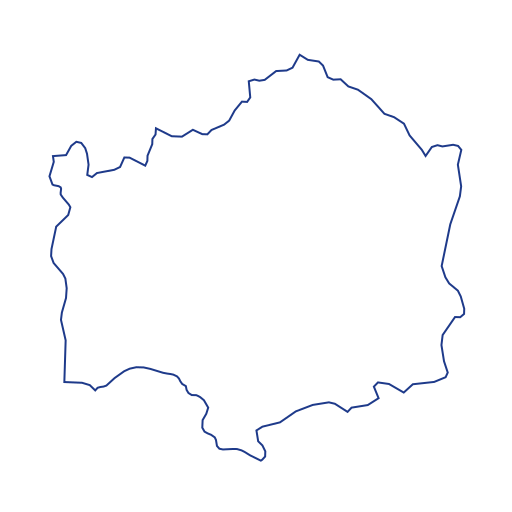 Dytiki Makedonia, Equal Earth projection, rotated 274°
{"feature_id": "GRC-2892", "entity_name": "Dytiki Makedonia", "entity_type": "Region", "adm_level": 1, "iso_a3": "GRC", "parent_name": "Greece", "parent_adm1": "", "projection": "equal_earth", "projection_center": [21.4, 40.362], "detail": "fine", "context": "isolated", "style": "outline", "palette": "blue", "viewbox_px": 512, "rotation_deg": 274, "n_neighbors": 0, "source": "natural_earth", "source_scale": "10m", "svg_char_len": 2237}
<svg xmlns="http://www.w3.org/2000/svg" viewBox="0 0 512 512"><g transform="rotate(274 256 256)"><path d="M101.4,218.9L108.5,214.1L111.3,210.2L112.2,208.3L113.0,206.2L112.8,201.6L114.6,198.2L117.6,196.1L121.3,195.1L123.2,191.3L125.8,189.2L128.4,187.7L130.4,185.6L131.9,181.8L132.3,178.9L132.5,175.8L133.0,171.5L136.0,158.5L137.0,151.7L136.7,144.4L134.8,137.9L131.9,132.6L124.4,123.5L116.3,115.8L115.1,113.0L114.5,110.0L113.5,107.2L110.7,105.0L115.6,99.2L117.4,91.3L116.9,73.6L158.6,72.0L178.7,65.9L186.1,66.3L196.5,68.5L200.8,69.4L210.6,69.4L220.2,67.4L224.6,64.8L234.9,54.6L241.6,51.6L248.6,51.5L270.2,54.5L271.3,54.6L283.8,65.8L291.7,67.4L294.2,65.7L300.8,59.2L303.7,56.9L305.3,56.7L309.4,56.9L310.8,56.4L311.9,54.3L312.5,49.5L313.1,48.0L321.1,44.4L335.8,47.7L341.5,46.5L343.4,59.5L353.0,64.0L357.4,68.8L356.6,73.8L351.7,78.1L346.2,80.3L335.4,82.6L325.1,82.0L323.3,86.9L327.7,91.6L332.1,108.6L335.3,114.2L345.1,117.8L345.3,123.0L338.4,139.2L343.3,141.0L348.5,140.8L360.3,144.7L365.5,144.5L370.2,147.3L376.4,147.3L369.6,163.6L369.9,173.8L377.5,184.2L373.8,193.9L374.0,199.0L378.6,202.8L384.8,215.0L389.2,219.8L399.7,224.6L409.0,231.2L409.1,236.4L413.8,239.2L429.8,236.6L431.9,242.1L431.1,247.1L432.3,252.4L441.9,263.2L443.2,273.6L446.4,279.3L459.8,285.5L455.3,294.0L454.4,305.1L450.6,309.6L439.4,315.0L437.3,320.8L438.2,328.1L431.6,336.3L429.0,346.1L420.5,360.1L406.8,374.2L404.1,384.1L398.3,394.4L387.0,400.8L373.5,414.0L367.6,418.2L377.0,423.8L379.2,429.3L378.3,434.3L380.7,444.9L379.9,449.9L376.2,453.4L361.2,451.0L339.8,455.8L329.7,455.2L301.2,447.6L258.9,441.9L248.0,446.4L242.1,450.6L235.5,459.8L229.9,463.1L217.9,467.4L212.7,467.6L209.2,464.0L209.0,458.8L190.2,447.7L180.1,447.2L164.1,450.9L153.1,455.4L148.3,453.6L142.8,442.5L139.0,421.4L130.1,412.9L137.6,397.6L138.4,386.5L133.9,382.7L122.7,388.2L115.1,377.9L111.4,361.9L106.9,358.2L114.1,345.0L115.1,338.9L111.4,323.0L103.8,306.6L91.7,291.5L86.2,274.3L82.0,268.6L71.3,271.1L67.5,275.6L61.8,278.9L56.6,279.1L53.2,276.4L52.2,275.1L56.7,264.1L59.8,258.2L61.1,255.1L62.1,250.5L61.9,246.6L60.7,236.5L61.2,232.9L63.8,230.3L69.7,228.9L72.2,227.5L74.5,223.7L75.7,220.1L77.2,216.9L81.0,214.4L88.6,214.2L95.1,217.4L101.4,218.9Z" fill="none" stroke="#1e3a8a" stroke-width="2"/></g></svg>